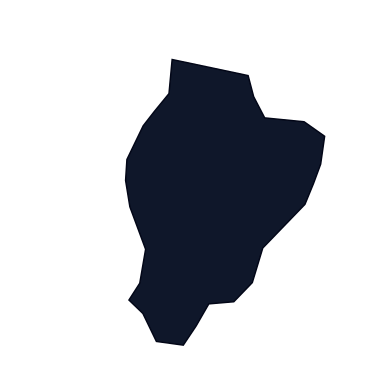 the district of Kaliana, Nicosia, Cyprus, rotated 134°
{"feature_id": "46923920B95377363284584", "entity_name": "Kaliana", "entity_type": "district", "adm_level": 2, "iso_a3": "CYP", "parent_name": "Cyprus", "parent_adm1": "Nicosia", "projection": "equal_earth", "projection_center": [32.874, 35.003], "detail": "fine", "context": "isolated", "style": "filled", "palette": "ink", "viewbox_px": 384, "rotation_deg": 134, "n_neighbors": 0, "source": "geoboundaries", "source_scale": "gbopen_adm2", "svg_char_len": 497}
<svg xmlns="http://www.w3.org/2000/svg" viewBox="0 0 384 384"><g transform="rotate(134 192 192)"><path d="M324.2,113.8L308.2,91.9L285.5,96.0L260.8,102.2L241.9,85.7L215.3,85.7L183.1,102.2L156.5,102.2L122.4,102.2L101.5,110.5L82.6,118.8L59.8,135.3L63.6,160.1L88.2,191.2L80.6,213.9L69.3,232.5L110.5,298.3L137.2,276.9L160.4,275.0L178.2,273.1L213.8,261.4L229.8,247.8L245.8,226.4L265.4,185.6L293.9,166.2L313.5,162.3L313.5,142.9L324.2,113.8Z" fill="#0f172a" stroke="#020617" stroke-width="1.5"/></g></svg>